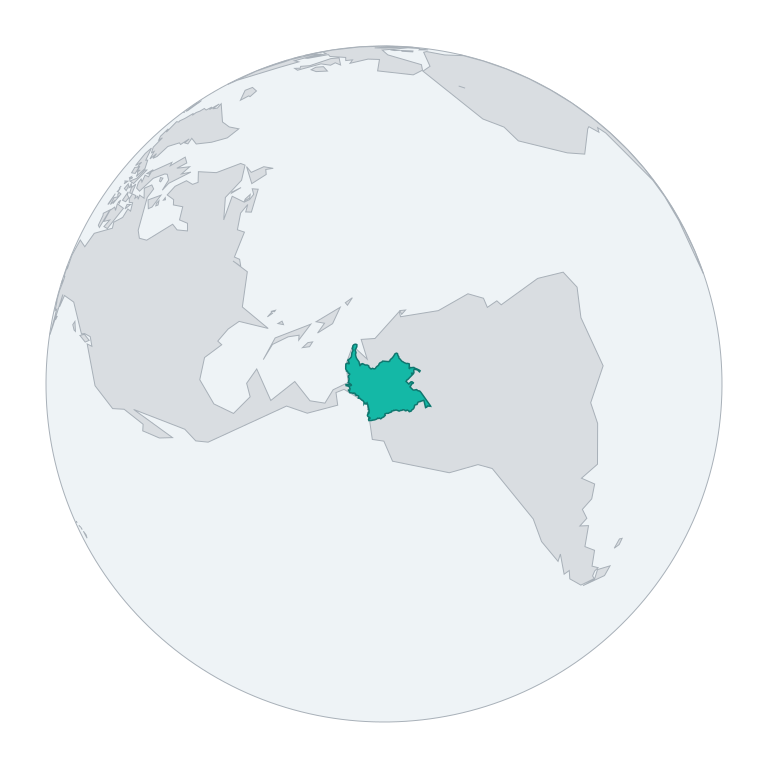 the Earth from above Colombia, rotated 314°
{"feature_id": "COL", "entity_name": "Colombia", "entity_type": "country or territory", "adm_level": 0, "iso_a3": "COL", "parent_name": "South America", "parent_adm1": "", "projection": "orthographic", "projection_center": [-72.763, 4.099], "detail": "fine", "context": "on_globe", "style": "filled", "palette": "teal", "viewbox_px": 768, "rotation_deg": 314, "n_neighbors": 0, "source": "natural_earth", "source_scale": "50m", "svg_char_len": 13487}
<svg xmlns="http://www.w3.org/2000/svg" viewBox="0 0 768 768"><g transform="rotate(314 384 384)"><circle cx="384" cy="384" r="338" fill="#eef3f6" stroke="#a8b0b8"/><path d="M352.4,359.0L344.5,355.4L336.6,365.4L309.7,349.1L300.4,329.2L220.0,297.9L212.3,288.1L213.1,272.2L191.8,221.6L198.5,269.1L189.1,259.9L182.7,243.0L187.7,238.7L185.3,214.6L177.8,205.9L182.0,177.4L206.6,142.7L208.2,147.7L214.0,139.8L212.3,133.5L209.9,131.5L227.4,103.9L225.7,92.7L214.0,97.0L225.3,90.8L195.5,105.6L187.4,109.4L203.5,100.6L210.4,96.6L208.3,96.3L215.0,92.2L217.8,90.1L226.0,85.6L234.7,82.0L240.1,79.4L238.3,79.5L245.4,76.0L247.2,76.0L259.7,70.1L276.6,65.5L274.9,73.4L291.1,70.9L307.4,80.4L312.7,77.2L322.3,80.3L332.0,78.2L332.3,81.6L339.8,77.2L337.7,74.6L340.3,72.1L345.9,70.9L347.2,74.6L344.6,75.8L347.9,76.4L346.1,78.9L350.1,77.0L351.0,82.3L358.3,75.6L365.9,78.7L364.3,82.8L353.7,84.1L323.8,100.4L318.9,106.8L322.6,113.4L352.1,121.0L351.1,128.1L357.6,136.3L363.1,131.0L360.0,122.9L371.7,116.1L366.5,108.1L370.5,104.6L369.4,96.7L381.1,96.4L393.0,100.7L394.6,107.6L399.9,110.2L407.8,103.0L419.6,116.6L443.1,127.7L444.9,132.0L431.6,140.0L408.0,140.3L390.7,154.7L413.6,144.4L417.7,157.1L423.3,159.2L429.9,158.5L432.9,153.6L436.7,158.2L415.5,169.2L411.7,165.0L418.5,161.3L407.4,162.1L393.1,171.4L396.3,178.1L371.4,188.2L373.4,193.5L369.1,199.3L367.6,189.9L369.8,207.7L341.0,228.6L343.5,262.1L328.4,236.3L315.3,233.7L299.4,234.6L299.5,240.0L278.4,236.5L259.1,248.5L251.5,275.5L258.3,296.2L281.8,296.6L289.1,284.7L306.4,282.0L293.5,314.0L323.8,318.1L320.5,342.4L329.2,354.8L344.5,351.4L360.3,357.2L371.6,342.9L389.8,335.0L390.2,354.7L400.2,336.6L410.5,345.9L446.7,344.6L443.9,349.2L474.5,372.1L507.2,381.7L514.8,396.0L510.9,405.1L522.2,407.4L522.4,413.3L566.7,421.2L588.9,435.2L587.8,455.6L568.5,479.6L549.3,529.0L514.1,545.7L504.0,565.1L474.6,593.3L453.4,591.5L458.4,605.0L445.7,613.2L431.6,613.8L428.3,623.2L417.9,623.5L424.2,629.5L406.6,641.5L410.6,651.0L397.5,660.2L400.6,665.6L395.9,665.4L390.8,667.4L390.1,670.4L376.1,665.3L372.9,653.0L378.5,646.8L372.3,645.7L384.2,629.0L377.3,632.4L380.1,606.8L390.6,585.1L398.4,520.6L391.3,507.6L365.5,492.6L334.4,443.8L342.8,423.6L336.0,414.1L358.3,385.4L352.4,359.0ZM66.8,277.5L69.3,270.0L68.5,274.6L66.8,277.5ZM70.4,265.6L69.6,268.1L70.1,266.0L70.4,265.6ZM70.4,264.2L70.4,265.2L70.2,264.8L70.4,264.2ZM70.2,263.3L70.5,263.4L70.3,263.7L70.2,263.3ZM341.5,273.7L376.2,289.8L356.3,292.2L360.1,289.0L351.4,282.3L335.0,276.3L317.7,280.2L341.5,273.7ZM70.9,259.7L71.2,258.5L71.7,257.9L70.9,259.7ZM357.4,254.7L351.3,253.5L357.3,253.3L357.4,254.7ZM207.7,131.5L211.6,134.0L210.6,141.6L206.6,139.9L207.7,131.5ZM210.5,118.9L214.3,118.2L207.5,125.5L207.5,123.6L210.5,118.9ZM204.1,101.7L206.0,101.8L201.8,103.2L204.1,101.7ZM216.8,90.6L214.1,92.1L216.7,90.5L216.8,90.6ZM363.0,97.6L366.1,97.2L364.7,98.8L363.0,97.6ZM359.6,94.8L355.8,97.1L353.6,96.1L356.0,94.7L359.6,94.8ZM235.8,80.3L233.0,81.8L231.5,82.4L235.0,80.7L235.8,80.3ZM364.9,92.4L350.2,94.2L346.4,92.7L352.5,86.4L364.9,92.4ZM249.3,74.1L247.5,74.9L246.1,75.5L249.3,74.1ZM334.7,74.4L337.1,77.0L330.0,76.1L334.7,74.4ZM329.4,74.5L303.6,77.0L302.7,73.2L311.5,72.8L306.3,69.5L318.5,66.3L324.2,67.4L322.3,70.3L328.4,67.0L329.4,74.5ZM340.8,71.0L335.7,71.5L334.5,68.2L344.6,66.5L341.8,68.1L340.8,71.0ZM298.9,70.5L299.8,68.2L310.0,64.8L311.8,63.5L318.8,65.9L298.9,70.5ZM344.8,68.3L349.8,65.9L355.4,66.6L345.8,70.3L344.8,68.3ZM330.0,68.1L330.0,66.6L333.3,66.8L330.0,68.1ZM377.9,69.1L371.8,69.1L370.7,67.2L377.9,69.1ZM351.2,65.0L349.3,64.8L348.2,64.3L352.5,63.0L351.2,65.0ZM325.4,63.7L329.5,63.0L323.1,62.5L330.5,60.4L333.8,62.6L335.5,60.8L337.7,60.3L337.9,62.8L325.4,63.7ZM353.5,60.3L360.3,63.3L371.9,63.3L373.2,64.8L354.3,64.6L353.5,60.3ZM344.3,61.4L350.3,61.0L348.9,62.7L344.0,64.2L344.3,61.4ZM334.3,58.5L322.1,61.0L321.8,60.5L334.3,58.5ZM357.1,59.8L355.4,59.2L358.1,59.6L357.1,59.8ZM341.6,58.3L337.4,59.1L337.1,58.5L341.6,58.3ZM355.5,57.5L357.7,58.3L354.5,59.1L355.5,57.5ZM349.4,57.6L350.1,56.6L352.0,58.9L347.5,58.0L349.4,57.6ZM342.1,57.6L340.6,57.5L343.9,57.4L342.1,57.6ZM366.7,54.3L369.9,57.1L362.6,58.7L360.6,55.7L366.7,54.3ZM399.4,675.7L377.2,667.2L389.7,671.1L398.8,666.5L410.2,672.9L399.4,675.7ZM425.8,663.7L436.1,661.0L438.4,662.5L431.9,664.7L425.8,663.7ZM646.6,171.3L641.7,165.5L636.0,159.0L619.3,143.8L625.9,150.9L642.2,166.2L641.2,165.5L650.3,176.9L642.5,167.7L623.0,150.8L623.4,158.1L639.7,189.1L636.5,193.7L626.7,190.3L604.8,161.9L614.3,155.3L606.6,146.8L591.1,136.8L595.3,136.2L590.1,131.8L592.3,129.6L582.1,117.6L582.3,115.2L565.4,103.0L563.2,100.5L573.9,108.1L581.4,112.8L580.4,109.3L576.4,106.3L565.5,99.0L566.4,99.5L588.5,115.0L609.4,132.2L628.8,151.0L646.6,171.3ZM562.2,96.9L556.1,93.2L555.1,92.6L562.2,96.9ZM549.1,89.1L548.8,89.2L536.0,82.4L524.8,76.8L520.5,74.9L538.7,84.2L546.1,88.3L552.5,91.5L572.4,104.5L575.5,107.7L554.4,95.1L556.5,98.9L539.2,88.9L500.5,67.4L491.0,63.5L491.8,63.8L521.1,75.1L549.1,89.1ZM685.1,537.4L706.2,483.0L713.8,455.8L717.3,435.9L718.2,394.1L718.6,369.1L716.8,359.6L714.4,363.7L711.4,352.6L709.1,353.3L688.8,368.7L677.6,355.3L652.2,311.7L652.2,291.9L643.3,271.0L636.1,194.7L644.5,196.4L650.2,182.1L652.7,183.7L662.8,199.0L675.7,213.4L673.6,209.9L685.4,231.3L695.7,253.5L704.3,276.3L711.2,299.8L716.5,323.6L720.0,347.8L721.7,372.2L721.7,396.6L719.9,421.0L716.3,445.2L711.0,469.0L704.0,492.4L695.4,515.3L685.1,537.4ZM650.2,230.7L653.2,236.8L650.2,230.7ZM447.8,344.4L452.2,348.1L446.4,348.3L447.8,344.4ZM353.5,300.1L360.9,300.5L364.7,303.4L359.1,304.5L353.5,300.1ZM415.6,299.7L424.1,301.3L415.3,303.0L415.6,299.7ZM381.6,291.9L408.8,299.2L391.7,305.1L374.5,300.8L386.4,299.0L381.6,291.9ZM353.8,265.7L358.4,267.0L356.9,270.5L353.8,265.7ZM361.7,254.7L359.9,255.0L357.6,252.2L361.7,254.7ZM418.9,156.4L420.7,155.7L427.4,156.1L424.3,158.2L418.9,156.4ZM456.8,146.6L462.2,154.5L456.2,149.9L452.9,153.7L436.3,149.7L444.9,134.1L444.0,141.5L456.8,146.6ZM416.5,141.3L426.0,144.7L415.2,141.7L416.5,141.3ZM559.4,113.3L564.5,114.9L570.2,120.0L569.8,125.9L561.6,118.2L559.4,113.3ZM570.5,116.3L549.6,103.8L549.0,100.5L552.9,104.3L554.6,103.4L561.3,109.4L581.1,119.7L587.4,125.1L583.3,131.2L581.2,125.8L576.2,124.1L570.5,116.3ZM497.4,86.6L488.4,83.6L498.8,80.1L506.0,83.4L506.2,88.7L497.6,88.0L497.4,86.6ZM378.5,82.0L374.3,82.9L374.0,81.6L377.2,79.8L378.5,82.0ZM375.2,69.2L396.1,77.5L392.5,78.7L409.1,83.4L406.0,88.6L395.3,85.1L405.3,93.3L394.4,92.4L402.3,97.9L378.8,89.7L369.4,89.9L381.1,87.4L384.3,82.4L382.8,80.4L371.6,75.1L352.9,74.2L353.1,70.0L358.2,67.4L362.7,66.9L361.2,69.5L368.3,67.1L369.5,70.7L375.2,69.2ZM417.7,51.5L414.0,52.5L428.6,52.6L429.9,54.4L431.5,54.3L436.7,56.3L445.8,58.8L444.8,59.6L448.8,60.3L452.3,62.0L457.4,63.4L457.5,65.7L463.7,67.8L460.2,67.8L471.0,71.0L463.0,69.7L466.8,72.5L472.5,72.2L460.3,85.8L461.4,94.1L466.7,102.3L452.2,100.3L438.1,92.0L426.2,82.2L427.2,75.1L420.5,76.1L419.0,73.2L425.0,73.6L415.0,71.3L415.3,69.3L404.7,63.5L390.0,62.7L385.8,61.0L391.7,60.3L383.3,59.3L391.6,57.1L388.8,56.1L394.1,53.5L407.2,53.6L403.0,52.5L406.9,51.1L417.7,51.5ZM368.6,53.5L384.0,52.1L392.2,52.8L379.5,57.2L380.9,58.5L373.0,62.4L361.2,61.7L364.6,60.5L365.1,59.3L368.6,60.0L366.1,58.6L370.7,57.1L370.0,55.8L375.2,55.6L368.6,53.5ZM648.9,177.4L649.7,177.5L649.3,176.0L655.0,183.7L648.9,177.4ZM636.0,166.0L635.7,164.5L643.7,173.5L642.9,174.0L636.0,166.0ZM628.8,156.5L635.1,163.7L631.2,160.0L628.8,156.5ZM572.9,106.8L571.7,105.3L574.3,106.9L578.0,109.8L572.9,106.8ZM461.1,55.8L457.7,55.4L455.7,54.9L444.3,52.9L442.4,52.0L448.5,52.8L461.1,55.8ZM457.1,54.5L452.7,53.7L454.5,53.8L457.1,54.5ZM440.4,51.4L441.4,51.3L440.8,51.7L440.4,51.4Z" fill="#d9dde1" stroke="#a8b0b8" stroke-width="1"/><path d="M392.3,338.3L391.1,338.9L388.6,339.5L388.3,339.9L387.0,342.2L385.8,342.7L385.4,343.1L384.4,344.4L384.1,345.0L383.4,346.4L383.0,348.1L382.6,350.5L382.2,351.2L381.3,352.5L380.5,353.8L380.5,354.0L381.5,354.0L382.3,353.6L382.6,353.7L382.8,354.3L383.2,354.4L383.5,354.3L383.8,354.5L384.6,357.3L386.0,358.8L386.2,359.3L386.4,360.5L385.8,361.2L385.7,363.3L385.7,363.8L385.9,364.2L386.2,364.5L387.2,364.7L388.0,366.3L388.4,366.7L389.1,367.0L390.7,366.7L391.6,366.7L393.0,367.0L393.6,367.0L394.2,366.9L395.4,366.4L395.9,366.4L396.3,366.4L397.0,366.6L397.9,367.0L398.6,367.2L399.4,367.1L399.6,367.2L403.5,372.0L404.0,371.9L404.5,372.2L404.9,372.1L405.5,371.7L406.4,371.6L407.6,371.8L409.1,371.8L411.1,371.5L412.2,371.3L412.7,371.0L413.5,371.0L414.4,371.3L414.9,371.6L415.2,372.5L415.0,373.1L414.4,373.7L414.1,374.4L414.0,375.3L413.7,376.0L413.2,376.4L413.0,377.0L413.1,377.8L413.0,379.0L412.8,380.6L412.8,381.5L413.1,381.8L413.2,382.2L413.2,382.8L413.3,383.3L413.6,384.0L414.0,385.3L414.3,385.9L414.9,386.3L416.0,387.9L415.9,388.4L415.8,388.5L414.9,389.3L413.0,391.0L412.8,391.2L412.9,391.6L413.4,391.4L414.3,391.6L414.6,392.2L415.0,392.5L415.6,393.0L416.1,393.5L416.7,394.0L416.7,394.3L416.6,394.6L416.9,395.4L417.1,395.7L417.2,396.0L417.1,396.3L417.4,396.6L418.0,398.1L418.0,398.6L418.2,398.8L418.3,399.4L418.6,400.0L418.5,400.4L418.6,400.8L417.5,401.1L417.4,401.1L417.4,400.9L417.4,398.5L417.2,398.0L415.8,395.8L415.6,395.6L415.2,395.6L414.6,395.8L414.3,396.1L413.1,397.5L412.8,397.7L412.4,397.8L412.1,397.8L411.9,397.5L411.3,396.6L410.9,396.4L410.8,396.6L410.5,397.2L411.0,398.0L404.3,398.0L403.8,398.0L403.4,397.8L403.0,397.7L402.7,397.7L402.3,397.9L401.8,397.9L401.5,398.1L401.2,398.1L401.2,401.9L401.5,401.8L402.0,401.9L402.5,401.8L403.4,401.9L403.6,402.0L403.8,402.0L404.0,401.9L404.3,401.9L404.6,402.1L405.0,402.8L405.2,403.0L405.2,403.7L405.1,403.9L405.3,404.2L405.3,404.3L405.1,404.4L404.5,404.4L404.4,404.3L404.1,404.3L403.9,404.2L403.7,404.0L403.4,403.8L403.1,403.9L402.4,404.2L402.2,404.2L401.9,404.3L401.4,404.5L400.0,404.7L399.9,408.9L400.0,409.3L400.7,410.0L401.3,410.4L401.8,410.8L402.2,411.0L402.4,411.1L402.6,411.4L402.7,411.9L402.5,412.4L402.6,412.6L402.7,412.8L403.0,413.5L403.5,414.0L403.5,414.5L403.7,414.9L403.8,415.1L403.7,415.4L403.6,416.5L403.4,417.6L400.5,432.8L400.4,433.0L400.1,432.5L399.7,432.1L399.3,431.9L398.8,430.9L398.3,430.5L398.0,430.5L397.8,430.7L397.4,430.8L397.1,430.8L395.9,430.3L399.8,424.3L399.9,424.0L399.7,423.7L398.8,423.4L398.5,423.1L398.1,423.0L397.8,422.8L397.2,422.5L396.9,422.3L396.5,422.3L396.1,421.9L394.9,421.2L394.6,421.1L393.7,421.3L393.2,421.7L392.6,421.9L392.0,421.9L391.7,421.6L391.1,421.2L390.0,420.8L389.7,420.9L388.6,421.8L388.2,421.8L387.7,422.1L387.2,422.3L386.2,422.4L384.8,422.0L384.3,422.2L383.7,422.3L383.3,422.3L382.9,422.2L382.7,421.9L381.7,421.5L381.6,421.1L381.9,420.4L381.4,418.9L381.3,418.7L381.0,418.6L380.5,418.6L380.0,418.4L379.7,418.1L379.5,417.8L379.7,417.2L379.5,416.7L379.2,416.4L379.0,415.9L378.7,415.5L378.3,415.3L377.8,415.3L377.5,415.2L377.1,414.8L376.8,414.6L376.4,414.2L375.6,414.0L375.3,413.9L374.7,413.1L374.8,412.9L374.6,412.7L374.2,411.6L374.0,411.2L373.1,410.3L372.2,409.9L372.0,409.3L371.5,409.3L371.1,409.2L370.8,409.1L370.0,408.4L369.5,408.4L369.1,408.8L368.1,408.4L367.2,407.8L366.2,407.6L365.6,407.2L364.8,406.3L364.5,406.1L363.3,405.5L363.1,405.5L362.6,405.7L362.5,405.9L362.4,406.6L362.0,406.7L361.4,406.7L360.9,406.5L360.6,406.5L360.4,406.7L360.0,406.6L359.0,406.3L358.4,406.0L358.1,406.0L357.3,406.0L356.7,405.8L356.5,405.6L356.3,404.3L356.2,404.2L355.5,404.0L355.2,403.8L354.9,403.1L354.2,403.2L352.9,402.8L351.3,401.9L350.2,401.0L349.2,400.5L348.8,400.0L348.1,399.5L348.0,399.0L347.2,398.5L347.6,397.7L348.5,397.1L349.8,397.6L349.9,396.7L349.5,395.9L349.6,394.4L349.7,394.2L350.0,393.8L350.5,393.5L350.7,393.4L351.2,393.5L351.4,393.3L352.5,393.4L352.8,393.3L353.3,392.9L353.6,392.6L353.8,392.2L354.3,392.1L354.3,391.9L354.5,391.6L355.1,391.1L355.1,390.9L355.0,390.3L355.0,390.2L355.8,390.0L356.6,388.4L357.0,388.3L357.2,387.6L357.7,387.0L358.6,385.0L358.3,385.1L358.1,385.3L357.8,385.3L357.5,385.1L357.6,384.3L357.5,384.2L357.0,384.8L356.6,384.1L356.6,383.7L356.7,383.3L356.7,383.0L356.0,383.2L356.5,382.7L357.0,382.2L357.2,381.7L357.4,380.3L357.3,379.9L357.1,379.6L357.0,378.2L357.0,377.3L357.0,376.7L356.8,376.2L356.0,375.4L357.3,374.6L357.7,374.0L357.2,372.7L356.4,371.7L356.4,371.0L356.6,371.1L356.9,371.1L357.1,369.7L357.0,369.3L356.6,368.6L356.1,368.6L355.7,367.8L355.4,367.6L355.2,367.0L354.5,366.0L354.0,365.5L354.4,364.2L354.8,364.0L354.9,363.6L354.8,362.9L354.8,362.7L355.0,362.6L355.4,363.1L355.6,363.5L355.8,363.6L356.1,363.5L357.2,362.7L357.1,362.4L357.3,361.9L357.6,361.5L358.0,361.3L358.1,361.1L358.0,360.7L357.6,359.8L357.3,359.3L357.1,358.9L356.9,358.4L356.5,358.0L356.7,357.6L357.0,357.1L357.3,357.2L357.8,358.0L358.5,358.6L359.3,359.5L359.7,360.1L359.9,360.2L360.1,360.4L360.0,360.6L359.8,360.8L359.7,361.1L359.9,361.3L360.0,361.4L360.5,361.4L360.8,360.9L360.6,359.1L360.4,358.2L360.1,357.9L359.8,357.6L360.0,357.3L360.5,357.2L361.1,356.9L363.5,355.2L364.4,353.5L365.0,352.9L365.7,352.6L366.6,352.7L367.3,352.5L367.5,351.9L367.3,351.2L367.0,350.8L367.3,350.2L367.6,349.3L367.6,348.5L367.9,348.0L367.8,347.8L367.3,348.2L366.9,348.4L367.8,347.3L368.2,346.1L368.5,345.7L369.4,345.0L369.6,344.6L370.3,344.1L371.5,343.0L372.0,342.7L374.2,343.5L374.9,343.4L374.8,343.5L374.5,343.6L374.0,343.8L373.8,344.2L374.2,344.6L374.5,344.8L374.8,344.5L375.1,343.7L375.6,342.8L375.7,341.8L376.0,341.5L376.5,341.4L378.0,341.8L378.7,341.8L380.8,341.7L384.2,339.2L385.8,338.7L386.8,338.2L387.4,337.2L387.6,336.4L388.1,336.2L388.6,336.2L388.8,336.0L388.9,335.7L390.0,335.1L390.7,335.0L391.3,335.0L392.6,335.6L393.3,336.6L393.4,337.3L392.5,338.0L392.3,338.3ZM352.5,393.1L352.4,393.2L352.1,393.0L352.0,392.7L352.4,392.5L352.5,392.7L352.5,393.1Z" fill="#14b8a6" stroke="#0f766e" stroke-width="1.5"/></g></svg>